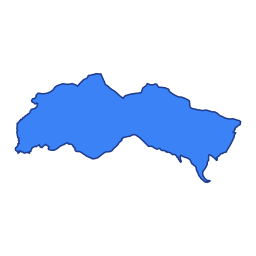 the district of Vadu Izei, Maramures, Romania
{"feature_id": "2599482B57723077466528", "entity_name": "Vadu Izei", "entity_type": "district", "adm_level": 2, "iso_a3": "ROU", "parent_name": "Romania", "parent_adm1": "Maramures", "projection": "equal_earth", "projection_center": [23.953, 47.876], "detail": "fine", "context": "isolated", "style": "filled", "palette": "blue", "viewbox_px": 256, "rotation_deg": 0, "n_neighbors": 0, "source": "geoboundaries", "source_scale": "gbopen_adm2", "svg_char_len": 5744}
<svg xmlns="http://www.w3.org/2000/svg" viewBox="0 0 256 256"><path d="M87.6,156.6L88.9,157.1L92.5,158.8L92.9,158.9L94.8,158.6L97.9,157.7L99.5,156.4L102.4,154.2L103.0,153.6L105.5,152.0L108.3,151.8L109.5,151.6L110.6,151.4L111.5,150.9L112.1,150.5L113.3,148.9L117.4,145.2L118.8,143.0L121.8,140.2L122.0,139.8L122.0,139.5L121.5,139.0L121.7,138.7L124.1,137.3L130.1,136.1L132.5,134.9L134.1,134.7L135.0,134.7L136.0,135.2L139.1,137.2L142.2,140.0L148.5,146.3L150.6,146.2L152.4,146.6L154.0,147.7L157.0,149.2L157.3,149.2L158.3,148.6L158.8,148.5L159.9,148.6L160.6,149.6L161.6,150.3L162.4,150.5L163.3,150.6L164.4,150.4L165.0,150.7L165.5,151.5L165.8,151.7L166.4,151.6L166.6,151.4L166.8,151.4L167.0,151.6L167.0,152.2L167.1,152.3L167.9,152.0L168.8,152.4L170.1,152.6L171.3,153.5L172.6,154.6L172.9,154.7L174.1,154.3L174.5,154.3L174.8,154.5L175.8,155.4L176.3,155.6L176.5,155.9L176.6,156.3L177.2,157.5L177.6,157.6L177.7,157.3L178.0,157.3L178.5,159.3L178.9,159.8L179.3,160.0L179.5,160.2L179.5,160.6L179.9,161.3L180.4,162.0L180.6,162.1L181.1,161.9L181.2,161.6L181.2,161.1L181.1,160.7L180.7,160.0L180.5,159.1L180.1,156.6L180.8,155.4L181.1,155.1L182.2,156.3L182.8,156.4L185.5,157.5L186.6,157.7L187.7,158.2L189.6,159.4L190.2,160.1L191.0,161.6L191.3,162.7L191.8,163.5L195.5,166.5L195.9,167.1L196.5,170.0L198.1,173.5L198.7,175.1L199.2,176.0L200.1,177.1L201.4,179.0L202.8,180.0L204.7,181.8L206.0,182.3L206.4,181.7L207.7,182.3L208.3,181.9L209.8,181.3L210.0,180.9L209.6,180.6L207.6,180.5L206.6,180.1L205.7,179.3L204.6,178.1L203.2,175.9L202.7,174.3L202.7,172.6L202.8,171.9L204.1,169.8L204.9,168.8L206.2,166.6L207.2,164.4L207.3,162.2L207.6,161.6L208.6,160.4L208.7,160.0L208.5,157.2L208.7,156.4L208.8,155.4L208.9,155.1L209.1,154.8L209.6,154.8L210.1,155.0L211.6,155.9L214.1,157.8L216.5,160.3L216.9,160.3L217.3,158.7L216.5,157.8L219.3,155.6L220.6,154.0L221.7,153.5L222.7,153.5L224.0,152.4L225.9,152.2L226.2,152.0L227.0,150.3L228.7,147.6L228.9,146.9L229.8,145.8L230.2,144.9L231.3,143.1L232.1,141.1L232.4,140.9L233.1,138.9L233.8,137.9L234.3,135.9L234.1,135.3L234.2,134.9L235.2,133.8L235.6,132.9L235.0,132.7L233.2,132.4L233.4,131.7L233.9,131.3L235.1,129.3L234.8,129.1L234.8,128.7L235.4,127.9L236.2,127.2L236.9,126.9L238.2,125.5L239.7,124.9L240.2,124.2L240.4,123.4L240.3,122.8L240.5,122.3L240.6,121.6L239.2,120.6L237.4,120.2L232.9,118.7L229.6,119.0L227.7,118.7L225.4,118.1L223.6,117.3L222.2,116.5L220.2,115.8L218.8,114.7L217.4,113.4L215.4,112.2L214.0,111.8L213.2,111.9L211.9,111.8L206.8,110.2L205.3,110.1L202.5,110.6L201.9,110.4L200.8,110.3L199.3,109.9L197.8,109.9L195.2,109.1L192.8,108.7L191.5,108.2L190.4,107.3L190.2,107.0L189.8,105.2L189.5,101.7L189.4,101.1L189.0,100.6L188.0,99.9L186.6,99.2L184.0,98.0L181.8,97.2L180.7,97.0L179.1,97.0L178.5,96.9L175.4,95.5L171.7,93.3L170.3,92.2L169.5,91.5L169.0,89.9L168.7,89.5L168.1,88.9L167.3,88.7L164.8,87.7L164.4,87.8L161.3,87.3L158.7,87.2L157.8,86.2L157.1,84.8L156.6,84.3L155.9,84.0L155.2,84.0L153.3,84.7L152.0,84.9L150.1,84.7L147.3,83.6L146.6,85.1L145.6,86.1L143.4,87.6L142.8,88.1L141.2,92.6L137.9,93.2L135.4,93.4L130.3,94.2L128.0,94.9L127.0,95.2L125.9,95.5L124.9,96.0L124.5,96.7L123.9,97.1L123.6,97.6L123.3,98.3L120.2,96.2L116.2,92.5L114.1,90.8L112.7,90.1L110.6,88.6L108.4,86.6L105.2,84.3L104.6,82.4L101.7,76.0L101.3,74.6L100.8,73.9L99.3,74.0L96.4,73.7L95.9,73.7L94.7,74.1L94.1,74.6L92.6,74.5L91.5,75.1L88.8,75.4L88.3,75.7L87.4,77.6L87.1,78.0L86.0,78.6L84.3,79.4L83.2,80.0L79.2,84.1L78.4,85.2L77.5,86.1L76.9,85.6L75.6,84.9L72.6,83.7L71.9,83.6L69.6,84.2L68.6,84.3L66.2,84.3L64.2,83.9L63.1,83.8L62.2,83.9L58.8,85.1L56.7,86.0L55.7,86.7L54.9,87.3L54.0,88.6L53.5,89.4L52.4,90.5L50.3,91.9L49.5,92.3L48.7,92.5L47.3,93.2L45.5,93.5L43.1,93.8L41.4,93.6L38.5,93.2L38.1,93.2L36.2,95.0L36.1,96.5L35.8,97.1L34.7,98.4L34.3,98.6L32.9,98.7L32.5,99.0L32.1,99.6L31.6,100.5L31.7,101.2L31.9,101.6L32.5,102.1L33.9,102.8L34.8,103.8L35.3,103.9L35.8,103.8L37.0,103.2L37.3,103.2L37.5,103.4L37.6,103.7L37.2,105.4L37.1,106.4L37.0,106.7L35.1,108.0L34.5,108.7L33.0,109.0L31.4,109.4L30.2,111.2L29.8,112.7L29.3,113.2L28.8,113.7L27.5,114.3L26.8,115.2L25.3,115.9L25.1,116.1L24.4,117.2L24.0,117.5L23.2,117.5L22.5,118.3L22.3,119.2L21.9,119.4L21.1,119.4L20.6,119.5L20.5,119.8L20.5,120.4L20.5,120.5L19.5,120.9L18.8,122.2L18.2,122.6L18.1,123.1L18.0,123.3L17.4,123.3L17.3,123.5L17.6,123.9L17.5,124.1L17.1,124.2L17.2,125.1L17.0,127.0L17.1,127.5L16.9,128.7L16.9,129.1L17.6,130.4L17.0,131.1L16.8,131.7L17.0,132.7L17.0,133.3L17.4,135.3L17.7,137.3L17.8,137.6L18.2,137.9L18.9,137.8L19.0,137.9L18.7,139.2L18.8,139.6L18.4,140.0L18.7,140.2L18.9,140.3L19.0,141.3L19.2,141.5L18.7,142.0L18.6,142.4L18.8,143.0L19.1,143.4L17.9,143.9L17.9,144.1L18.1,144.4L18.1,144.7L17.9,145.0L17.5,146.0L16.9,146.7L16.7,147.1L16.5,147.4L16.1,147.4L15.7,147.7L15.5,148.4L15.4,149.1L15.4,149.6L15.6,149.9L15.8,150.4L16.4,150.7L17.9,152.0L17.9,152.7L18.1,153.1L18.7,152.6L19.4,152.4L19.4,150.9L20.5,151.1L21.6,151.9L22.7,152.0L23.2,152.2L23.6,152.8L24.5,153.1L25.1,153.0L25.5,152.8L25.6,152.6L26.8,152.4L27.6,152.5L28.0,152.7L29.0,152.9L29.4,153.1L29.5,153.0L29.2,152.3L29.2,151.8L30.2,151.7L30.8,151.4L31.0,150.2L32.3,147.7L34.5,146.6L34.9,146.4L36.3,146.6L36.7,146.2L39.3,144.9L39.9,146.0L40.2,147.0L41.3,147.4L41.7,147.4L42.1,147.5L43.3,146.1L44.8,145.2L45.5,144.4L48.1,146.2L48.9,146.6L48.3,148.3L48.4,149.2L48.6,149.5L48.8,149.6L49.7,149.6L50.6,150.1L51.5,150.2L53.9,150.2L54.5,150.1L57.2,148.6L59.5,146.7L61.7,145.3L64.0,144.6L64.1,144.2L64.8,144.0L67.5,142.7L68.3,143.8L68.6,144.1L69.1,144.1L69.7,143.9L70.0,144.1L71.0,144.2L72.3,144.7L72.5,145.0L72.7,145.8L73.5,146.5L74.0,147.6L74.8,148.0L75.0,148.2L75.0,149.9L75.4,150.6L76.0,151.2L76.4,151.4L78.4,151.6L79.7,151.6L80.8,152.1L81.7,152.7L83.7,154.2L84.5,154.6L86.7,156.2L86.9,156.2L87.6,156.6Z" fill="#3b82f6" stroke="#1e3a8a" stroke-width="1.5"/></svg>